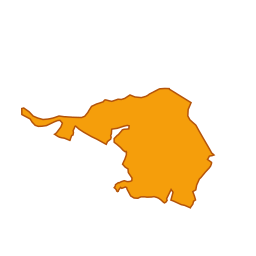 outline of Bany Abeed, Ad Daqahliyah, Egypt, rotated 216°
{"feature_id": "37247803B85878422276791", "entity_name": "Bany Abeed", "entity_type": "district", "adm_level": 2, "iso_a3": "EGY", "parent_name": "Egypt", "parent_adm1": "Ad Daqahliyah", "projection": "mercator", "projection_center": [31.692, 31.024], "detail": "fine", "context": "isolated", "style": "filled", "palette": "amber", "viewbox_px": 256, "rotation_deg": 216, "n_neighbors": 0, "source": "geoboundaries", "source_scale": "gbopen_adm2", "svg_char_len": 2789}
<svg xmlns="http://www.w3.org/2000/svg" viewBox="0 0 256 256"><g transform="rotate(216 128 128)"><path d="M225.4,81.3L221.8,76.5L212.5,77.8L209.0,76.4L204.7,75.6L201.5,76.6L198.7,78.8L195.4,82.0L191.1,89.9L189.3,92.7L187.5,94.2L184.0,93.4L183.6,92.0L183.3,90.9L182.9,89.4L183.0,82.2L183.4,80.4L183.7,79.8L179.8,80.0L178.0,80.3L176.2,81.0L173.4,82.4L167.7,83.8L167.7,84.2L168.4,86.0L169.1,88.9L168.4,90.0L169.4,92.2L170.8,93.6L171.2,95.4L171.5,96.9L171.9,98.0L171.6,98.7L170.8,98.7L166.9,98.3L161.2,98.6L152.3,99.6L147.0,100.6L144.8,100.9L136.6,101.9L136.0,102.0L136.3,103.4L136.6,104.8L136.3,106.2L135.5,108.8L136.2,110.6L137.6,111.7L138.0,113.5L140.5,117.4L139.4,118.6L136.5,121.4L132.6,126.8L130.1,129.7L128.3,130.4L126.9,127.8L128.3,126.4L130.5,124.6L131.2,123.5L131.5,123.2L131.5,122.4L131.5,121.7L131.9,116.7L132.3,116.0L133.0,111.3L130.9,108.4L129.8,108.3L127.7,108.3L122.7,107.9L118.8,107.1L116.3,107.1L115.8,107.9L114.9,107.5L114.6,106.7L113.5,105.3L112.1,100.6L111.8,98.7L111.4,96.9L111.1,95.5L110.5,95.4L107.5,94.7L103.9,94.9L102.5,93.2L101.5,92.1L95.4,89.9L94.0,87.7L94.7,86.3L95.8,85.2L97.2,84.1L99.4,83.4L100.1,83.1L101.9,80.6L103.0,78.4L103.7,78.1L104.8,74.8L104.1,73.4L104.1,71.6L103.0,71.6L101.2,71.2L100.2,70.4L99.1,70.4L98.7,71.1L99.1,72.2L99.1,75.5L97.6,75.5L96.6,76.9L95.5,78.7L94.1,79.0L92.7,77.9L85.9,74.6L84.8,74.7L82.0,74.9L79.1,76.7L78.4,77.4L78.1,78.2L77.0,80.0L76.6,80.2L75.6,81.0L74.1,82.1L72.0,83.2L68.4,86.0L66.6,87.8L63.8,88.8L62.0,89.2L59.2,89.2L56.0,88.8L54.5,88.8L53.8,90.2L53.8,92.4L55.2,93.5L57.0,103.6L53.8,102.5L53.4,101.4L50.9,94.9L48.5,95.6L39.9,97.3L36.7,98.7L30.6,100.1L30.8,100.8L30.8,104.4L31.9,107.3L31.1,109.5L34.3,112.0L38.2,114.6L37.1,117.1L36.8,117.8L38.9,122.2L40.3,128.7L39.9,130.9L39.5,137.7L38.8,143.5L38.8,145.7L39.5,148.2L40.2,149.3L45.2,149.3L45.6,153.1L45.4,153.4L43.7,155.1L42.6,156.7L44.1,156.9L44.8,156.9L45.5,156.9L48.7,158.4L52.9,160.3L60.4,163.6L69.3,167.6L73.5,169.6L74.9,170.2L79.2,170.6L82.8,171.0L86.7,172.9L90.2,178.3L91.7,184.8L91.9,185.6L103.7,184.7L117.2,183.7L117.8,184.1L121.5,181.6L124.0,179.5L125.2,178.5L125.4,178.3L126.2,176.9L130.6,168.1L131.2,166.1L132.2,164.0L132.9,163.2L133.4,162.5L135.1,160.4L140.6,157.2L142.5,156.7L145.8,155.9L148.0,150.1L150.1,147.2L153.0,145.4L153.4,144.8L153.9,144.1L155.5,141.8L156.8,140.0L159.8,138.7L160.2,138.6L162.6,137.6L163.3,136.9L163.5,134.7L163.6,134.4L164.4,133.3L166.0,131.0L167.6,128.9L167.8,128.5L169.7,125.0L170.2,124.1L169.8,117.9L169.6,117.5L169.6,117.4L169.9,112.0L170.5,111.1L171.7,109.2L179.6,103.8L180.0,103.6L183.3,101.5L184.8,100.6L186.1,99.7L190.6,97.3L190.9,97.1L193.9,92.8L194.5,92.0L197.0,89.2L197.9,88.3L198.3,87.9L201.8,84.9L206.9,83.0L211.7,81.9L217.6,83.0L218.2,83.0L224.1,82.9L225.4,81.3Z" fill="#f59e0b" stroke="#b45309" stroke-width="1.5"/></g></svg>